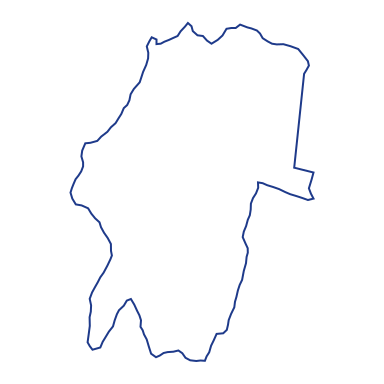 Itagi, Bahia, Brazil
{"feature_id": "56859067B20920204159127", "entity_name": "Itagi", "entity_type": "district", "adm_level": 2, "iso_a3": "BRA", "parent_name": "Brazil", "parent_adm1": "Bahia", "projection": "mercator", "projection_center": [-40.033, -14.169], "detail": "fine", "context": "isolated", "style": "outline", "palette": "blue", "viewbox_px": 384, "rotation_deg": 0, "n_neighbors": 0, "source": "geoboundaries", "source_scale": "gbopen_adm2", "svg_char_len": 2241}
<svg xmlns="http://www.w3.org/2000/svg" viewBox="0 0 384 384"><path d="M308.9,65.6L307.9,61.2L303.4,55.4L298.2,49.0L290.5,46.2L283.4,44.2L276.7,44.4L272.0,43.7L267.7,41.4L262.7,38.2L260.0,33.5L256.9,30.5L251.3,28.4L247.4,27.4L240.1,24.6L235.7,28.0L231.3,28.0L226.5,28.8L222.5,35.5L217.7,39.9L211.5,43.7L207.0,40.6L202.9,36.0L197.5,35.3L192.8,31.1L191.5,26.2L187.9,23.0L185.0,26.6L180.6,31.3L177.6,36.0L173.1,38.0L169.0,39.9L164.4,41.7L160.7,43.7L156.5,44.1L156.5,39.5L151.7,37.3L149.3,41.4L146.8,46.4L148.3,52.8L148.1,58.4L146.2,65.0L143.1,71.9L141.2,77.8L139.7,82.3L133.8,89.0L130.6,94.3L129.4,100.3L127.2,105.0L123.8,108.1L121.3,114.0L118.6,118.2L115.6,123.1L110.9,127.3L107.4,131.8L101.2,136.6L97.3,140.9L90.4,142.8L85.3,143.3L82.2,150.6L81.4,156.4L83.1,162.3L83.1,166.4L81.2,171.4L78.4,175.7L75.6,179.2L73.5,184.1L71.9,188.1L70.5,192.6L72.3,198.6L75.8,204.4L81.6,205.4L88.1,208.3L91.3,213.6L95.1,218.3L99.5,222.3L101.0,227.2L104.0,232.7L107.7,238.0L110.9,244.0L111.0,250.9L111.9,255.5L110.4,259.3L107.4,265.6L103.6,272.7L100.3,277.3L97.8,282.2L94.9,287.3L92.1,292.4L89.7,298.8L91.1,305.4L90.8,311.7L89.6,317.2L89.8,325.9L88.7,334.3L87.6,342.3L89.8,346.2L92.5,349.7L100.3,347.5L102.7,341.8L105.4,337.4L108.9,331.6L113.0,326.4L114.7,320.3L116.9,314.2L119.0,310.2L123.8,305.7L126.8,300.6L130.9,299.0L134.3,304.7L137.1,310.8L139.4,315.3L141.0,320.3L140.5,326.8L142.7,330.3L144.0,334.4L146.7,339.4L148.8,346.5L151.1,353.7L156.0,357.2L159.7,355.6L163.6,353.0L167.6,352.1L173.4,351.7L178.4,350.5L182.3,353.2L185.5,357.8L190.2,360.3L196.3,361.0L200.5,360.5L204.9,360.8L206.6,356.4L209.2,352.3L211.1,345.7L213.7,340.4L216.6,333.9L223.2,333.3L226.8,329.9L228.0,324.8L228.7,320.1L231.1,313.9L234.3,307.3L235.0,301.7L236.4,297.0L237.9,290.4L239.7,284.9L242.1,279.9L243.8,270.9L246.0,263.2L246.6,256.9L247.8,252.7L247.7,248.2L245.5,243.5L242.7,237.1L243.8,231.6L246.1,226.1L247.8,219.8L249.8,215.3L250.7,209.6L250.9,203.6L253.0,198.1L256.0,193.4L258.2,187.8L258.0,182.4L262.7,183.2L267.2,185.2L273.1,187.0L279.1,189.1L285.3,192.1L290.2,194.2L294.9,195.6L298.7,196.8L302.6,198.1L307.9,200.0L313.5,198.6L310.9,193.6L308.9,188.3L311.6,179.5L313.5,172.5L294.2,167.7L304.1,73.8L306.4,70.1L308.9,65.6Z" fill="none" stroke="#1e3a8a" stroke-width="2"/></svg>